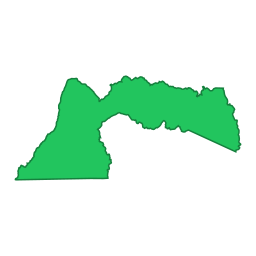 Pracuúba, Amapá, Brazil (Natural Earth projection)
{"feature_id": "56859067B17599195278011", "entity_name": "Pracuúba", "entity_type": "district", "adm_level": 2, "iso_a3": "BRA", "parent_name": "Brazil", "parent_adm1": "Amapá", "projection": "natural_earth1", "projection_center": [-51.252, 1.606], "detail": "fine", "context": "isolated", "style": "filled", "palette": "green", "viewbox_px": 256, "rotation_deg": 0, "n_neighbors": 0, "source": "geoboundaries", "source_scale": "gbopen_adm2", "svg_char_len": 5785}
<svg xmlns="http://www.w3.org/2000/svg" viewBox="0 0 256 256"><path d="M15.9,179.8L90.7,178.4L103.3,178.5L107.9,178.2L107.8,176.6L107.5,176.0L107.7,173.4L108.1,171.4L107.4,170.7L107.4,169.8L107.8,169.5L108.3,169.8L108.8,169.6L109.2,169.0L109.3,168.4L109.1,167.2L108.6,165.9L108.9,165.2L109.0,164.4L111.0,163.2L111.3,162.8L111.3,162.2L110.9,161.7L111.0,160.2L110.9,159.5L110.2,159.3L109.6,159.5L109.7,158.5L110.0,157.6L109.6,156.5L109.6,155.5L109.2,155.1L109.3,154.4L108.8,154.2L108.5,154.7L107.3,154.7L106.9,154.0L106.4,153.6L106.5,152.7L105.2,150.9L105.7,148.6L105.1,147.4L104.1,146.8L103.0,145.5L103.6,144.9L103.1,143.3L102.7,142.6L101.7,142.5L100.6,141.7L99.7,141.7L99.3,141.2L99.5,139.7L99.0,139.3L99.8,138.1L99.4,137.5L99.8,136.9L100.4,137.2L99.5,134.3L99.7,133.0L99.2,131.2L98.2,129.7L97.6,129.5L97.9,129.0L100.0,127.6L101.5,125.7L101.8,124.9L101.5,123.9L102.1,122.1L102.8,121.7L103.5,121.5L104.3,121.5L105.1,121.1L108.0,118.5L108.4,118.2L109.3,118.0L110.9,116.6L113.5,115.3L115.6,114.6L118.0,113.0L119.8,112.7L120.9,113.5L122.4,113.7L123.8,114.2L126.5,114.9L127.3,114.7L128.3,114.8L131.7,119.7L132.2,119.9L133.6,119.9L134.7,120.4L135.4,120.0L135.9,120.3L136.3,122.3L136.8,123.1L137.3,123.4L138.0,123.5L138.5,123.1L139.1,122.2L139.5,122.2L140.2,122.4L141.1,123.1L141.7,123.1L142.5,124.4L142.8,126.9L143.1,127.4L144.1,127.8L144.5,128.3L146.6,127.4L147.5,128.5L148.1,128.4L149.2,128.7L150.3,128.2L151.8,129.0L153.5,129.4L154.2,129.2L156.3,127.6L157.3,127.8L159.5,126.2L160.9,124.5L161.3,123.3L163.4,120.8L163.8,120.6L164.4,120.8L165.2,121.6L165.9,123.0L165.8,123.7L165.4,124.5L165.7,125.5L165.4,126.8L165.5,127.6L166.5,127.5L167.2,128.7L167.9,128.8L168.4,128.6L168.7,128.0L169.3,127.8L170.1,129.4L170.6,129.7L171.6,129.4L174.5,129.1L175.1,128.8L176.2,127.5L177.1,126.9L178.3,125.7L179.2,126.8L179.8,126.8L180.4,128.6L181.4,130.3L181.5,131.2L182.1,131.5L183.2,131.9L185.0,131.9L185.5,131.3L187.3,130.5L188.5,130.1L189.2,130.4L235.8,151.8L236.0,150.2L237.3,149.7L238.1,149.6L239.4,148.6L239.6,147.3L238.4,146.3L238.8,145.5L240.1,145.1L240.6,144.7L240.6,144.1L239.0,142.6L238.8,141.6L239.2,140.2L239.3,138.5L238.9,135.8L238.4,135.2L238.3,134.7L238.9,132.9L239.0,130.7L238.7,129.6L237.7,128.3L237.4,127.7L237.7,126.1L237.5,125.5L236.7,124.3L236.7,123.7L237.2,120.7L236.8,120.1L236.0,120.3L235.2,120.1L234.6,119.6L232.8,115.3L232.6,114.1L232.7,113.4L233.7,112.4L233.9,110.9L234.2,110.1L234.6,109.5L234.3,108.6L232.0,105.7L230.0,105.2L229.9,104.1L229.2,104.1L228.7,104.8L227.9,104.9L227.4,104.4L227.1,103.7L227.5,102.5L227.6,101.4L227.4,100.0L227.1,99.2L225.2,96.3L224.5,94.4L223.9,90.6L223.1,89.4L223.3,88.2L215.6,88.0L213.8,88.7L212.4,90.5L211.1,90.8L210.5,90.8L209.8,90.5L208.7,89.2L206.9,88.0L205.3,88.9L204.9,88.8L204.3,87.2L203.3,86.5L202.7,86.8L203.4,88.7L203.2,90.1L202.5,90.2L202.0,90.6L201.3,91.8L201.2,92.6L201.8,94.3L201.8,94.9L200.1,94.2L199.0,95.8L198.4,95.5L197.4,96.6L196.7,96.4L196.7,95.9L196.9,95.4L197.4,95.5L197.9,93.5L197.3,92.2L196.5,91.2L195.9,91.2L195.4,91.7L194.4,91.3L193.9,91.5L193.7,90.8L192.9,89.9L191.9,89.6L190.8,88.4L190.3,88.3L189.8,87.9L189.2,88.1L188.7,87.8L188.1,87.9L187.9,88.5L187.4,88.9L186.9,89.0L186.4,88.7L186.1,88.2L185.7,88.1L183.3,89.2L182.0,89.2L180.8,88.4L178.0,87.9L176.4,88.4L175.7,87.9L174.6,87.8L173.9,87.4L173.0,86.5L171.5,86.6L170.5,86.3L169.7,86.6L169.2,86.6L167.2,84.3L166.2,84.3L165.2,83.6L163.6,81.8L162.4,81.2L162.0,81.4L161.5,82.0L160.6,82.0L159.3,81.5L159.1,82.2L158.2,83.1L157.4,83.2L156.8,83.4L156.2,83.0L155.7,82.9L153.8,83.7L153.3,84.2L152.8,84.2L152.5,84.8L152.1,84.9L151.3,84.5L150.2,85.3L150.0,84.2L149.7,83.7L149.3,83.3L148.8,83.3L148.5,82.8L147.0,81.7L146.8,81.0L146.3,80.4L144.4,79.6L144.4,78.7L143.9,78.0L142.8,77.9L142.1,77.1L140.5,76.9L139.7,77.2L137.8,78.6L137.3,78.3L136.5,78.3L135.8,77.5L133.9,78.7L133.3,79.4L131.5,80.3L130.7,79.7L129.9,78.3L128.5,77.7L127.5,76.7L126.6,76.6L126.2,76.2L125.7,76.2L124.4,76.6L124.0,76.6L122.1,78.9L121.4,80.3L121.4,80.9L121.8,81.8L119.6,81.7L118.8,81.9L116.6,83.7L115.9,83.3L114.4,83.6L113.7,84.5L112.4,84.9L111.8,84.9L111.3,84.3L110.4,84.7L110.3,85.4L111.0,85.7L111.4,86.5L111.5,89.0L111.0,90.7L109.1,92.3L108.9,94.4L107.1,95.7L105.4,96.5L104.4,98.2L102.8,99.5L101.9,99.1L100.7,99.9L99.7,101.4L99.2,101.4L99.0,99.2L99.2,98.6L98.9,98.2L95.9,95.2L94.4,93.2L94.0,92.8L93.6,91.7L92.5,90.9L91.7,89.8L90.2,88.7L89.6,87.8L88.3,86.9L87.6,86.7L86.9,86.1L85.7,84.4L85.0,84.1L82.4,84.1L81.1,83.5L80.7,82.8L79.5,81.6L78.3,81.3L77.6,80.2L77.1,78.8L76.3,78.4L74.5,78.7L71.3,78.6L70.6,79.1L68.3,79.7L67.2,81.2L65.6,86.1L64.4,88.4L64.0,90.1L63.2,91.5L62.7,91.8L62.4,92.3L62.3,93.4L61.5,95.2L61.4,96.1L60.8,98.0L60.6,101.4L60.3,102.4L59.0,104.6L58.7,105.7L58.8,107.4L58.7,108.0L58.8,108.7L59.4,109.2L59.5,110.0L58.6,113.5L58.5,114.9L58.8,115.4L58.3,115.8L58.0,116.4L58.1,118.1L57.5,119.3L57.5,120.7L56.7,121.8L56.3,123.2L56.5,124.0L56.2,125.2L56.3,125.8L55.7,126.9L55.4,127.8L54.7,128.9L54.7,129.5L54.2,129.8L53.9,130.6L53.4,131.2L52.2,131.6L51.9,132.1L50.5,132.8L49.9,133.8L47.8,134.2L47.7,134.7L46.9,135.7L46.9,136.3L46.4,136.7L46.1,137.3L46.2,137.9L45.8,138.4L45.7,139.0L44.9,140.0L44.7,140.7L42.9,141.6L42.5,142.3L41.2,143.3L41.2,144.0L40.6,144.1L40.4,144.7L40.0,145.0L39.6,146.3L38.9,147.2L38.3,147.7L37.6,147.7L37.1,148.2L36.6,148.4L35.3,151.9L34.6,152.1L34.3,152.8L33.8,155.4L34.1,156.1L33.9,156.8L33.4,157.1L32.7,158.0L32.5,158.7L31.8,159.1L31.5,160.2L30.2,160.8L30.3,161.6L29.8,161.9L28.4,163.5L27.2,163.2L27.3,164.6L27.1,165.1L26.2,165.8L25.7,166.9L25.3,167.1L24.0,166.9L23.7,166.3L22.3,165.9L21.7,165.4L21.2,165.4L20.7,166.1L20.1,167.6L19.7,167.8L19.2,167.7L18.8,168.0L19.0,168.6L18.6,169.1L18.6,169.6L18.1,170.7L18.0,171.5L18.3,172.0L18.1,173.3L18.4,175.2L18.2,175.8L17.6,177.7L15.8,178.6L15.5,179.0L15.4,179.6L15.9,179.8Z" fill="#22c55e" stroke="#15803d" stroke-width="1.5"/></svg>